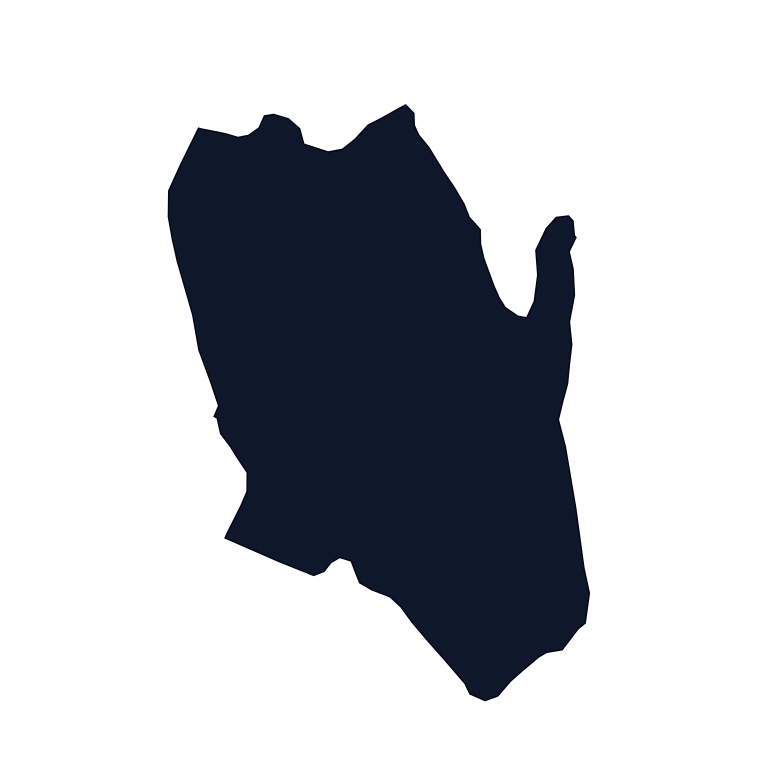 Kalix, Norrbotten, Sweden, rotated 197°
{"feature_id": "70781695B60696857291405", "entity_name": "Kalix", "entity_type": "district", "adm_level": 2, "iso_a3": "SWE", "parent_name": "Sweden", "parent_adm1": "Norrbotten", "projection": "albers", "projection_center": [22.934, 65.977], "detail": "fine", "context": "isolated", "style": "filled", "palette": "ink", "viewbox_px": 768, "rotation_deg": 197, "n_neighbors": 0, "source": "geoboundaries", "source_scale": "gbopen_adm2", "svg_char_len": 1431}
<svg xmlns="http://www.w3.org/2000/svg" viewBox="0 0 768 768"><g transform="rotate(197 384 384)"><path d="M490.9,190.3L432.8,183.6L395.3,180.4L386.5,187.4L382.7,197.6L375.7,205.2L363.6,205.2L354.8,193.8L349.1,186.8L335.1,183.6L316.1,182.3L302.8,175.9L287.6,164.5L266.8,151.1L245.9,138.3L232.7,130.0L218.8,121.1L211.3,112.8L194.8,110.8L184.0,119.0L176.3,136.6L168.6,149.2L156.4,168.1L150.0,175.0L136.0,181.9L126.9,206.5L122.2,213.5L121.7,214.1L126.5,244.0L139.0,266.4L164.7,322.0L192.3,377.1L206.9,400.9L208.0,419.4L208.6,438.0L212.3,456.0L216.0,476.5L224.9,497.7L227.9,524.7L236.8,549.2L245.7,564.7L243.3,580.2L245.4,581.6L251.0,595.2L256.7,598.6L268.0,593.6L274.3,580.0L277.8,556.3L268.8,533.1L264.4,507.1L266.8,489.0L275.8,487.9L290.4,492.5L298.9,499.8L307.3,509.5L325.3,533.2L332.7,546.2L337.2,559.8L342.8,563.2L351.3,568.3L359.8,579.1L373.9,592.1L389.2,604.5L410.2,623.2L423.8,632.3L430.7,640.2L434.6,651.5L444.9,657.2L452.2,649.8L464.1,637.3L474.8,627.0L483.3,609.4L492.3,596.3L505.3,589.5L530.8,589.9L539.3,603.4L553.0,609.6L568.3,609.5L576.7,605.4L578.3,592.4L586.2,582.1L595.8,577.0L609.3,576.9L633.7,574.4L636.1,574.4L642.5,534.9L646.3,505.8L639.0,480.8L628.8,460.8L617.5,440.9L608.4,427.0L587.1,394.2L570.9,362.4L549.8,334.6L535.7,314.8L536.9,303.3L533.6,302.8L525.7,288.8L512.5,279.3L503.7,271.5L488.8,259.3L483.5,241.0L485.2,225.3L490.3,195.6L490.9,190.3Z" fill="#0f172a" stroke="#020617" stroke-width="1.5"/></g></svg>